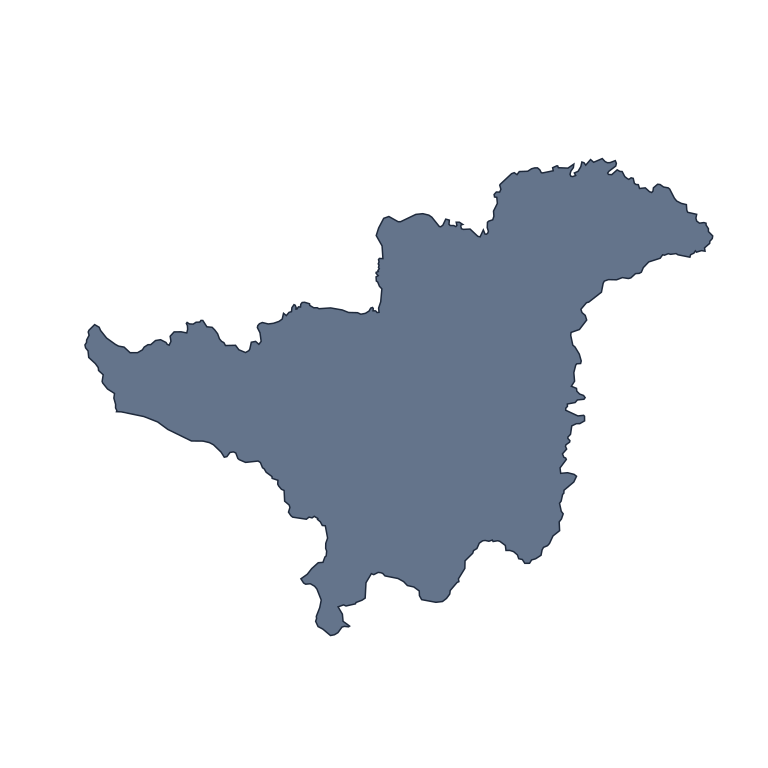 the district of Maubisse, Ainaro, East Timor, rotated 9°
{"feature_id": "22284137B40449592168850", "entity_name": "Maubisse", "entity_type": "district", "adm_level": 2, "iso_a3": "TLS", "parent_name": "East Timor", "parent_adm1": "Ainaro", "projection": "albers", "projection_center": [125.632, -8.847], "detail": "fine", "context": "isolated", "style": "filled", "palette": "slate", "viewbox_px": 768, "rotation_deg": 9, "n_neighbors": 0, "source": "geoboundaries", "source_scale": "gbopen_adm2", "svg_char_len": 6154}
<svg xmlns="http://www.w3.org/2000/svg" viewBox="0 0 768 768"><g transform="rotate(9 384 384)"><path d="M83.4,387.1L83.7,389.5L82.5,392.2L83.6,395.0L86.5,397.6L88.2,404.0L95.7,409.0L99.2,412.5L100.0,415.4L105.2,418.8L105.2,425.6L106.1,427.1L111.7,432.2L119.3,435.5L119.4,440.2L122.1,446.1L122.6,449.6L124.3,452.0L124.1,453.2L128.8,452.6L151.9,453.7L166.4,456.9L177.6,462.7L202.7,470.4L214.2,468.7L220.7,469.2L225.1,470.7L233.8,476.8L237.7,481.3L240.2,480.3L242.6,475.7L245.9,474.6L248.4,475.3L251.3,480.4L252.9,481.4L259.5,483.1L271.7,479.8L274.2,480.9L277.1,485.7L279.0,486.6L281.4,489.6L287.8,492.9L288.3,494.7L294.3,495.7L294.7,499.5L295.8,501.1L299.1,504.0L302.0,504.8L304.2,515.3L309.3,518.4L310.4,520.7L309.7,525.5L312.6,528.6L314.6,529.8L328.5,529.7L330.8,527.2L333.9,527.5L335.8,525.6L339.7,527.2L339.5,528.2L342.6,530.0L345.2,533.4L348.2,533.2L352.4,545.0L351.4,550.5L352.1,555.5L353.5,558.0L353.8,562.8L352.7,564.1L351.6,569.7L347.0,570.8L341.5,577.6L338.0,583.9L332.4,589.4L335.7,593.1L337.9,594.0L342.5,592.8L347.1,594.6L349.8,597.0L355.8,607.2L355.5,614.9L353.5,624.1L354.1,626.2L353.6,629.1L356.8,633.9L361.8,635.6L370.5,640.8L374.3,639.4L377.4,636.8L380.5,630.7L382.7,629.6L387.0,629.4L387.9,628.5L380.7,624.8L378.9,617.8L373.5,611.3L378.6,608.5L381.2,609.2L390.2,605.6L390.5,604.2L396.1,601.0L398.9,598.4L397.3,583.1L401.2,573.3L403.7,573.9L407.7,571.0L410.5,570.9L412.4,571.3L415.0,573.4L428.2,573.9L434.3,576.1L438.6,579.4L445.2,579.8L451.2,582.9L452.1,587.5L454.9,591.1L469.4,591.5L475.8,589.7L479.3,586.0L481.8,581.2L481.7,577.6L487.2,568.6L488.9,567.5L488.0,564.8L492.7,553.5L491.7,546.0L498.1,537.3L498.5,534.5L501.5,532.0L503.0,526.3L506.0,523.4L508.4,522.7L512.2,522.9L515.4,521.2L516.4,522.5L520.9,521.0L523.1,521.3L529.1,524.5L530.5,529.3L534.4,528.7L538.2,529.3L542.5,531.9L544.4,535.5L548.1,535.7L551.1,539.1L555.8,538.3L557.3,534.7L561.1,532.9L565.9,528.6L566.1,523.1L567.1,520.4L570.8,518.1L572.4,515.6L574.7,507.6L580.4,501.4L578.6,492.8L580.4,489.5L581.3,484.2L579.0,482.0L576.0,474.3L577.3,472.0L577.7,465.1L578.7,463.8L578.4,460.8L586.8,451.1L588.6,445.0L585.9,443.5L579.2,442.9L572.5,444.6L571.0,439.3L575.9,430.0L575.0,428.7L573.1,428.2L571.2,425.1L574.6,419.7L573.0,417.3L573.2,415.6L576.4,412.4L576.5,410.9L574.1,409.0L573.9,407.7L576.1,404.5L576.0,396.0L580.2,393.1L583.6,392.5L587.9,389.0L587.1,384.5L586.1,383.7L580.5,385.2L567.6,381.5L567.3,379.5L568.7,377.4L568.2,375.1L575.7,372.4L577.5,369.5L583.9,367.8L584.8,366.0L582.9,364.1L578.8,363.3L575.6,361.0L574.8,358.2L569.4,356.9L571.8,351.4L569.7,343.1L570.4,335.4L571.2,333.9L575.0,333.0L575.2,330.4L572.2,323.9L566.8,317.5L564.4,316.1L560.8,306.7L560.7,303.8L568.5,299.6L574.2,289.1L572.0,284.7L568.4,282.5L566.8,279.4L571.3,272.0L573.4,271.1L584.4,259.3L584.7,250.3L585.5,247.9L589.3,245.8L597.4,244.7L602.8,241.6L608.9,241.6L611.2,240.6L615.2,235.6L618.8,234.8L620.7,233.3L621.9,228.5L626.4,222.0L637.1,216.6L639.0,212.8L640.9,212.9L644.4,210.8L646.7,211.1L652.1,209.5L654.1,210.4L666.3,210.9L666.6,208.3L669.6,206.3L670.7,203.8L672.0,204.9L676.7,202.6L680.3,202.6L679.3,199.4L683.7,194.1L683.5,192.1L685.5,189.0L685.5,186.3L680.6,182.7L680.1,179.8L677.3,176.7L676.9,174.8L674.7,174.5L670.5,175.8L667.4,174.2L666.1,171.4L666.3,167.5L657.1,166.9L655.9,165.0L654.6,159.5L649.4,159.1L644.5,157.5L641.7,155.0L635.7,146.8L634.0,145.8L629.3,145.7L625.5,143.8L623.0,143.9L619.4,148.1L619.5,151.3L618.4,153.0L616.1,152.5L611.4,149.4L605.8,150.9L604.0,147.3L601.6,147.5L599.9,146.6L598.0,141.9L595.8,141.7L593.8,143.6L591.9,142.9L589.4,141.5L586.0,136.9L583.7,137.1L580.8,136.0L576.2,141.6L572.9,141.9L571.9,140.7L572.8,138.8L578.8,132.5L579.0,129.7L577.5,127.2L572.6,130.0L570.0,130.5L567.5,129.7L564.3,127.2L556.4,132.2L552.9,130.0L549.0,136.3L547.0,134.2L544.7,133.8L544.4,138.5L542.4,143.6L539.0,145.8L540.7,148.1L538.0,149.6L536.1,149.6L534.9,147.8L535.3,144.5L537.2,140.7L537.1,137.1L531.9,142.0L522.4,143.1L521.4,141.4L520.5,141.5L516.7,144.0L517.8,146.9L507.7,150.7L506.3,150.7L504.4,148.1L501.8,146.5L499.0,147.0L496.1,148.3L492.6,151.4L484.4,153.0L482.6,156.4L479.6,154.9L477.1,156.3L467.6,168.5L467.2,169.5L469.0,173.4L468.2,176.4L464.9,176.8L463.1,179.6L463.9,182.0L466.2,182.0L467.7,187.9L465.1,196.1L466.3,201.1L465.7,204.8L461.9,206.8L460.9,208.1L461.5,213.4L463.2,216.8L462.9,218.7L461.7,220.1L460.3,220.1L458.0,216.3L455.9,223.6L453.6,223.5L444.8,217.5L438.1,218.9L436.2,218.5L435.1,216.0L435.4,214.7L436.8,214.1L433.1,212.4L430.0,212.9L431.2,216.0L430.3,217.3L428.1,216.6L424.6,217.1L423.2,216.1L422.9,211.9L419.2,211.5L417.3,217.9L415.5,219.8L414.0,219.8L405.2,211.8L401.9,210.2L395.7,209.7L388.9,211.5L375.0,221.1L372.6,221.5L362.6,217.8L357.8,220.4L354.3,230.7L353.1,238.6L360.5,247.9L363.3,260.3L359.8,260.7L359.1,262.0L360.0,264.2L359.5,266.3L360.5,267.3L360.3,269.8L361.3,270.8L360.2,272.8L360.8,273.8L358.8,274.9L358.8,275.8L361.3,277.9L359.4,279.4L360.3,283.5L361.8,284.2L364.2,288.2L367.0,290.4L367.9,303.3L366.8,309.9L367.9,314.0L366.0,314.5L364.3,313.1L361.7,313.4L361.6,311.1L360.7,310.2L359.0,311.1L357.8,314.3L354.6,317.1L350.2,318.7L346.7,317.7L337.8,318.9L331.2,317.4L319.4,317.2L308.0,319.8L306.1,319.1L302.7,319.7L298.4,318.0L297.9,316.4L292.8,315.7L290.4,316.3L289.3,318.3L289.5,321.0L287.4,321.2L286.3,323.6L285.2,323.7L285.4,322.5L284.0,320.1L282.7,319.7L281.1,323.0L281.3,327.0L279.0,328.1L276.8,331.7L273.7,329.9L273.3,335.8L270.5,338.6L265.4,341.3L260.3,342.8L254.2,342.3L251.5,344.0L250.2,346.1L250.1,348.1L253.5,352.8L256.0,361.1L254.2,364.4L250.5,362.0L246.4,363.5L246.0,370.5L245.3,372.2L242.3,374.6L235.3,372.9L231.3,369.0L221.4,370.8L219.4,368.2L216.9,367.3L214.4,365.1L211.8,360.4L208.4,357.1L205.4,354.9L200.1,355.2L195.1,349.6L193.3,349.8L192.3,351.7L188.7,352.4L186.2,354.7L182.4,355.1L179.9,354.0L179.3,355.1L180.7,357.1L181.5,360.7L181.2,364.4L175.4,364.2L168.5,365.4L165.3,370.3L166.9,375.2L165.7,379.3L163.6,378.7L162.2,377.1L156.4,375.2L151.5,376.8L147.5,381.6L144.7,382.1L141.4,385.0L140.0,388.1L135.7,391.6L128.3,392.8L121.5,388.2L115.9,388.1L112.5,386.9L102.8,382.0L95.7,375.5L93.8,372.5L88.9,370.6L84.2,377.0L83.7,378.9L85.1,382.0L83.4,387.1Z" fill="#64748b" stroke="#1e293b" stroke-width="1.5"/></g></svg>